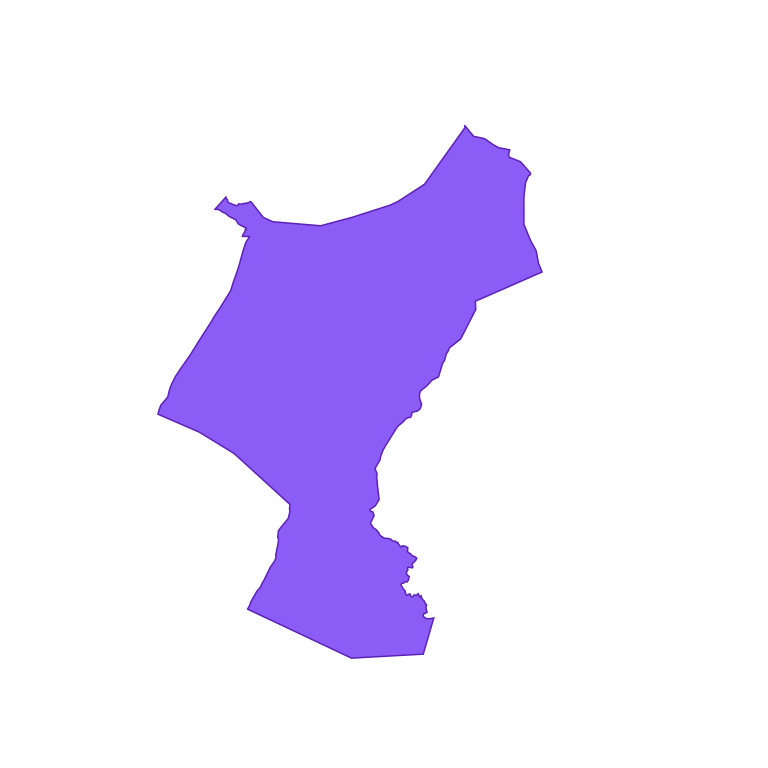 the district of Teococuilco de Marcos Pérez, Oaxaca, Mexico, rotated 325°
{"feature_id": "50627088B57116548490410", "entity_name": "Teococuilco de Marcos Pérez", "entity_type": "district", "adm_level": 2, "iso_a3": "MEX", "parent_name": "Mexico", "parent_adm1": "Oaxaca", "projection": "mercator", "projection_center": [-96.676, 17.319], "detail": "fine", "context": "isolated", "style": "filled", "palette": "violet", "viewbox_px": 768, "rotation_deg": 325, "n_neighbors": 0, "source": "geoboundaries", "source_scale": "gbopen_adm2", "svg_char_len": 3507}
<svg xmlns="http://www.w3.org/2000/svg" viewBox="0 0 768 768"><g transform="rotate(325 384 384)"><path d="M361.7,140.2L345.8,143.9L346.9,145.0L348.0,145.6L349.4,147.8L350.2,150.5L351.5,152.5L352.3,153.9L352.8,156.3L353.4,158.2L355.4,161.9L356.7,164.3L356.7,167.0L356.4,168.9L357.3,171.2L358.6,173.7L359.7,175.6L360.6,177.1L360.3,178.0L359.4,177.8L358.9,177.9L357.6,179.1L356.6,179.9L355.2,180.3L353.9,180.9L352.7,181.9L358.4,186.1L352.0,188.8L344.9,194.1L332.7,204.2L324.3,210.4L319.6,213.7L311.9,219.6L293.4,227.6L284.7,230.9L278.2,233.9L255.5,243.2L242.6,248.8L225.6,255.0L217.5,258.2L210.1,262.2L205.2,265.5L199.4,270.6L189.1,273.3L184.8,276.3L182.9,277.8L181.5,279.1L205.0,317.4L221.3,354.8L237.9,428.8L235.3,431.6L233.6,434.6L228.6,439.1L216.4,442.6L213.1,443.8L208.8,449.0L208.6,450.7L205.0,454.6L197.6,461.6L196.0,464.0L193.6,465.9L185.5,469.0L172.9,476.0L168.5,478.0L166.9,479.3L161.1,480.8L150.1,486.0L147.4,488.0L143.1,490.2L200.1,589.9L238.0,613.4L261.2,627.8L290.6,604.2L287.7,602.9L286.4,602.1L285.1,601.3L284.1,600.3L283.2,598.0L282.9,596.9L283.4,596.0L284.2,595.3L285.9,595.3L286.8,595.6L288.3,595.7L288.8,594.6L289.5,592.4L290.0,591.5L290.4,591.0L291.1,590.3L292.2,589.3L291.9,586.4L292.6,585.2L292.0,582.8L292.3,580.5L292.9,578.8L291.2,579.1L291.8,575.4L289.0,575.7L287.9,574.0L287.0,574.3L286.0,574.6L285.4,574.5L285.1,574.4L284.9,574.4L284.6,574.3L284.5,574.0L284.2,572.9L284.8,571.8L284.8,570.7L283.6,570.5L281.8,570.4L281.4,568.8L281.7,567.5L282.7,565.4L282.4,564.6L282.3,562.9L282.5,559.9L282.8,558.3L283.5,557.7L284.6,557.7L286.0,558.4L287.9,558.2L288.7,558.6L289.2,559.4L290.8,558.9L291.9,558.4L292.9,557.0L294.2,556.5L294.3,555.8L293.7,554.9L293.6,552.0L293.9,551.5L294.9,551.0L295.7,550.4L296.7,550.2L297.4,549.2L297.6,548.3L298.2,547.8L299.1,548.2L300.3,549.5L301.3,550.5L302.1,550.9L302.8,550.3L303.1,549.1L303.6,547.7L304.9,547.3L308.7,546.7L310.9,545.5L310.3,543.3L308.4,540.3L308.4,538.0L307.5,536.9L307.1,534.8L308.4,533.3L309.6,531.6L308.2,528.9L306.3,527.1L304.7,527.5L304.1,525.6L304.1,523.1L304.5,521.7L303.3,520.7L303.3,519.4L301.8,518.3L300.9,517.1L300.6,515.1L298.3,512.4L297.0,511.5L295.2,509.6L295.0,507.9L294.2,506.9L294.0,504.7L294.4,502.8L294.0,498.6L292.8,495.6L293.1,490.3L300.4,486.1L301.5,482.2L300.0,480.5L300.3,478.7L307.0,478.8L313.7,475.9L320.7,462.9L322.7,459.7L324.1,456.8L326.8,453.6L328.1,448.4L329.6,447.4L337.0,444.0L340.1,441.1L345.7,437.4L349.9,435.4L369.7,427.0L371.8,426.5L378.5,425.9L380.7,425.2L382.1,425.1L384.4,425.3L385.5,426.0L386.8,426.5L389.1,425.1L389.9,423.8L391.2,423.6L392.5,424.0L394.0,424.5L395.6,425.3L396.9,425.3L399.3,425.1L400.8,424.1L402.3,422.9L403.2,422.1L403.6,420.8L404.8,416.5L405.6,415.0L406.4,413.9L407.2,412.8L409.4,411.0L411.1,410.5L418.2,410.1L425.2,408.4L432.8,409.4L444.1,400.5L447.0,399.5L452.4,395.0L454.6,394.3L458.4,391.9L472.6,391.1L501.9,375.6L506.3,368.6L577.7,382.9L579.8,373.8L585.1,362.0L586.3,350.9L590.2,333.4L605.8,311.2L615.3,300.4L622.0,296.2L622.3,296.3L622.7,296.3L623.1,296.4L623.6,296.5L624.1,296.4L624.8,295.7L624.9,294.6L624.2,288.2L623.3,280.2L616.7,270.1L617.3,267.9L621.3,264.3L613.5,256.3L610.7,250.5L607.1,240.7L599.5,232.5L598.4,218.2L597.7,220.3L531.8,243.6L500.7,242.5L492.0,241.1L453.2,229.1L422.8,218.0L386.0,187.3L380.7,178.4L379.6,158.8L378.9,157.7L377.7,158.0L376.7,157.6L376.3,157.2L375.3,157.3L373.8,156.2L369.6,154.4L368.3,153.1L366.3,153.9L364.3,151.9L362.9,149.7L360.4,145.8L361.5,143.2L361.1,141.9L361.7,140.2Z" fill="#8b5cf6" stroke="#5b21b6" stroke-width="1.5"/></g></svg>